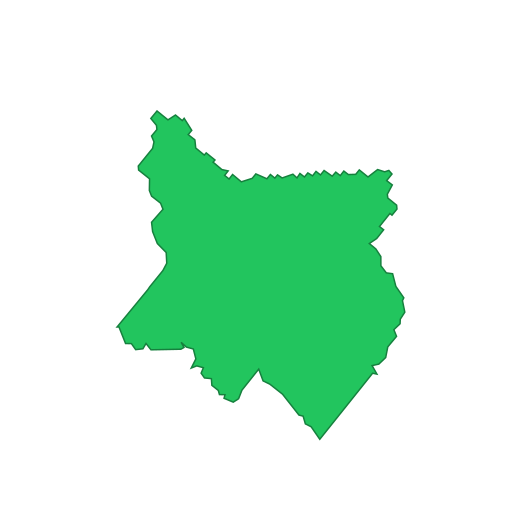 outline of Butte, California, United States of America, rotated 309°
{"feature_id": "52423323B88547646561946", "entity_name": "Butte", "entity_type": "district", "adm_level": 2, "iso_a3": "USA", "parent_name": "United States of America", "parent_adm1": "California", "projection": "orthographic", "projection_center": [-121.549, 39.724], "detail": "fine", "context": "isolated", "style": "filled", "palette": "green", "viewbox_px": 512, "rotation_deg": 309, "n_neighbors": 0, "source": "geoboundaries", "source_scale": "gbopen_adm2", "svg_char_len": 1810}
<svg xmlns="http://www.w3.org/2000/svg" viewBox="0 0 512 512"><g transform="rotate(309 256 256)"><path d="M112.7,226.5L118.8,225.6L117.0,233.4L136.3,256.3L139.6,257.6L141.8,252.1L141.4,259.2L144.3,265.8L138.2,274.0L128.2,276.2L133.3,279.1L136.1,285.4L130.4,287.1L128.8,292.7L132.6,298.5L127.7,303.1L127.8,311.3L125.3,314.8L128.7,319.2L125.3,320.7L128.1,330.3L134.1,332.3L142.9,329.5L169.8,329.3L163.4,340.1L165.1,347.4L165.3,363.6L159.4,389.5L161.2,393.4L156.6,400.0L158.0,406.3L153.7,420.9L238.3,420.4L240.3,424.3L243.9,415.2L249.3,419.5L258.7,420.7L268.3,415.6L282.0,415.8L285.5,409.5L294.0,410.6L297.7,407.9L306.0,407.0L313.5,397.9L316.5,397.2L320.4,383.8L328.2,373.3L324.9,367.9L327.0,359.2L334.1,353.4L336.9,344.7L337.0,336.2L345.5,338.8L356.7,338.7L356.6,333.4L373.3,333.3L373.3,336.0L381.2,336.0L384.0,333.3L384.0,322.0L386.6,319.2L397.0,317.2L396.8,310.1L405.3,310.1L406.1,305.4L402.4,303.0L399.7,296.1L387.9,293.3L387.9,282.1L382.2,282.1L377.4,276.5L377.3,270.8L371.5,270.9L371.4,265.2L366.0,265.0L365.3,255.1L359.6,255.1L359.5,249.4L353.9,249.5L353.2,244.0L347.9,243.9L347.8,238.2L342.5,238.7L342.8,233.2L333.1,227.2L332.6,221.7L328.4,221.6L328.4,215.9L322.9,215.9L319.7,204.2L314.0,204.2L304.4,197.9L304.6,186.5L298.9,186.6L298.9,180.9L304.6,180.8L301.7,175.1L301.9,163.6L304.8,163.7L304.8,152.4L301.9,152.3L302.0,141.2L307.8,135.4L307.7,126.9L313.2,127.0L317.8,113.5L314.8,113.5L314.9,104.7L306.4,101.9L306.4,87.8L296.7,87.7L294.9,96.4L291.9,99.4L283.5,99.3L280.5,104.9L274.6,107.9L251.8,107.9L248.9,110.7L249.0,124.7L239.8,131.9L236.8,137.2L237.0,148.6L233.8,154.3L216.5,153.6L209.9,160.3L203.6,171.5L202.2,184.0L194.2,191.2L186.1,192.8L165.1,192.8L161.8,193.1L113.4,192.7L114.6,194.2L105.9,209.7L109.5,214.3L107.5,221.4L112.7,226.5Z" fill="#22c55e" stroke="#15803d" stroke-width="1.5"/></g></svg>